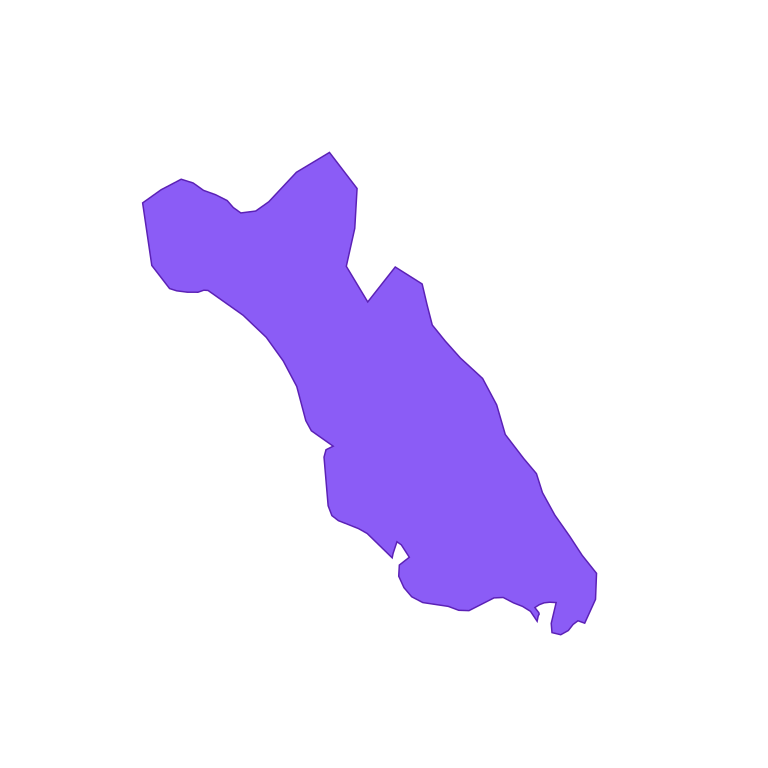 Puerto Plata, Albers equal-area conic projection, rotated 215°
{"feature_id": "DOM-1965", "entity_name": "Puerto Plata", "entity_type": "Province", "adm_level": 1, "iso_a3": "DOM", "parent_name": "Dominican Republic", "parent_adm1": "", "projection": "albers", "projection_center": [-70.865, 19.728], "detail": "fine", "context": "isolated", "style": "filled", "palette": "violet", "viewbox_px": 768, "rotation_deg": 215, "n_neighbors": 0, "source": "natural_earth", "source_scale": "10m", "svg_char_len": 1244}
<svg xmlns="http://www.w3.org/2000/svg" viewBox="0 0 768 768"><g transform="rotate(215 384 384)"><path d="M82.4,303.2L89.3,301.3L91.2,295.5L91.6,287.8L95.4,280.0L103.8,276.7L109.7,283.8L117.6,303.7L123.1,300.3L127.3,296.6L130.2,292.3L132.2,287.4L126.1,285.5L124.9,284.5L124.7,282.6L122.5,277.5L133.6,281.8L142.9,281.3L152.4,279.0L163.9,277.5L171.2,271.9L184.4,247.1L193.0,241.5L203.8,238.7L226.9,227.2L239.3,225.6L250.8,228.6L261.7,235.0L267.6,244.5L263.9,256.6L277.6,262.2L282.9,262.2L279.4,250.5L277.6,246.3L312.0,251.9L322.1,250.9L343.0,245.9L351.2,246.3L359.9,252.2L391.2,289.7L393.8,296.9L390.0,303.9L416.7,304.0L427.0,309.1L454.0,331.9L479.8,345.1L507.2,354.7L538.9,359.5L581.8,359.7L585.4,357.5L589.0,352.5L597.6,346.5L607.3,341.4L614.4,339.2L642.2,347.9L685.6,393.9L678.0,415.3L667.6,435.4L655.6,439.2L642.9,439.1L630.3,442.5L617.6,444.3L608.7,442.1L599.4,442.0L588.3,452.1L582.9,467.2L577.2,507.2L561.5,542.4L518.2,528.7L497.2,494.7L482.4,458.8L444.4,441.9L441.9,486.3L410.1,487.8L394.3,473.7L378.3,460.0L358.5,454.3L336.4,449.1L306.4,445.1L279.7,431.5L255.7,412.2L226.9,403.1L207.7,398.0L191.9,385.9L168.9,374.6L144.6,365.8L123.4,357.3L101.3,350.8L87.2,328.9L82.4,303.2Z" fill="#8b5cf6" stroke="#5b21b6" stroke-width="1.5"/></g></svg>